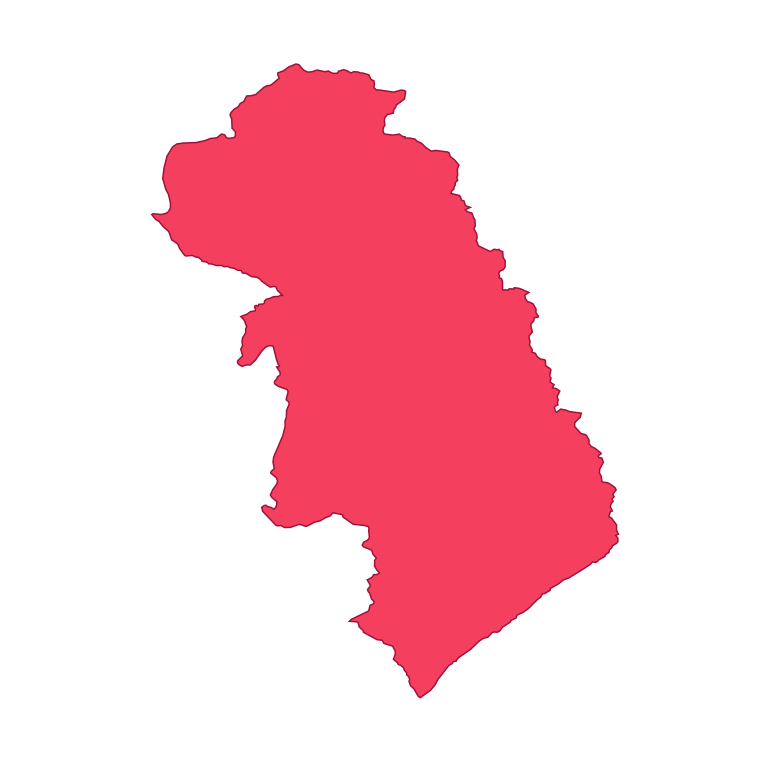 outline of San Rafael, Antioquia, Colombia, rotated 98°
{"feature_id": "7082276B22021388124839", "entity_name": "San Rafael", "entity_type": "district", "adm_level": 2, "iso_a3": "COL", "parent_name": "Colombia", "parent_adm1": "Antioquia", "projection": "equal_earth", "projection_center": [-75.014, 6.308], "detail": "fine", "context": "isolated", "style": "filled", "palette": "rose", "viewbox_px": 768, "rotation_deg": 98, "n_neighbors": 0, "source": "geoboundaries", "source_scale": "gbopen_adm2", "svg_char_len": 6133}
<svg xmlns="http://www.w3.org/2000/svg" viewBox="0 0 768 768"><g transform="rotate(98 384 384)"><path d="M689.6,304.4L680.7,295.2L675.0,291.7L668.9,289.4L653.5,280.5L651.5,277.7L649.2,276.7L648.4,273.9L646.5,273.4L643.9,271.3L634.8,261.4L625.8,254.4L622.1,250.4L620.3,245.9L614.9,242.1L614.3,240.5L614.0,237.1L612.2,234.8L608.4,232.9L602.5,226.1L600.2,225.0L597.5,220.8L594.2,219.9L590.8,214.5L586.1,209.6L576.1,202.1L573.4,199.3L569.8,197.9L569.1,195.6L565.2,190.8L563.3,190.8L557.8,183.6L553.0,179.0L550.7,174.5L540.9,162.6L534.1,154.8L531.2,152.8L531.2,149.9L530.5,148.4L528.2,146.7L524.2,141.4L522.1,140.9L519.5,137.7L516.7,137.7L514.6,135.7L512.5,135.3L509.4,131.6L507.4,130.4L504.0,131.0L501.7,133.5L500.1,130.9L496.3,133.5L491.3,134.0L485.1,140.0L484.3,142.2L483.2,143.0L478.4,141.8L478.0,140.2L474.1,142.8L470.7,142.4L468.5,140.8L466.2,142.3L463.5,140.4L461.4,142.1L456.5,139.4L454.3,141.0L451.3,146.8L450.5,149.6L450.8,153.6L449.6,154.9L445.3,155.9L442.0,158.3L438.2,158.5L431.2,155.9L427.1,157.8L426.9,160.6L426.0,161.6L424.8,161.5L423.1,159.4L422.3,159.4L418.3,166.2L417.0,170.3L414.1,172.9L411.2,173.0L407.0,176.1L406.1,177.6L405.6,182.0L399.7,189.2L396.6,189.7L394.9,189.2L389.6,185.0L385.4,184.6L385.5,196.4L384.5,200.3L384.3,205.6L388.1,209.1L387.0,210.5L383.6,212.0L382.0,211.2L380.5,208.9L377.8,209.7L375.6,209.2L372.5,210.8L366.5,208.9L364.7,212.5L364.3,216.6L361.0,215.5L358.9,219.9L354.9,219.4L353.4,221.0L346.8,220.7L345.6,221.8L343.3,226.5L338.1,227.5L337.5,229.1L337.6,232.4L335.7,236.0L332.5,238.5L331.9,241.9L329.3,242.0L325.0,245.5L321.7,245.2L318.8,246.6L316.2,247.0L311.8,244.3L306.5,246.5L304.3,246.8L300.6,244.5L297.9,244.5L297.0,243.2L296.6,240.9L295.5,240.5L292.0,243.6L288.7,243.8L284.0,247.4L282.7,251.1L282.5,253.4L279.7,255.8L276.4,257.1L273.2,253.2L270.6,262.6L270.4,265.2L270.6,268.6L271.9,268.8L272.3,273.3L273.6,274.2L274.3,279.7L265.6,281.0L263.3,282.4L262.8,284.6L260.4,284.7L259.2,285.9L256.1,285.0L254.1,281.7L251.4,280.4L245.2,281.1L241.9,283.7L236.4,284.9L235.8,287.7L234.7,288.8L235.3,290.7L235.2,293.7L238.0,297.3L234.3,309.0L233.2,310.4L230.8,311.2L230.0,312.5L226.0,312.2L222.5,313.1L217.7,316.6L214.9,315.6L208.5,316.9L207.1,318.3L202.4,320.8L201.8,325.7L200.0,327.7L197.1,323.1L196.0,328.3L191.7,330.1L191.1,332.9L187.9,334.4L186.8,335.7L186.0,344.1L183.2,343.7L181.1,341.8L179.9,342.3L177.4,341.2L174.6,341.4L172.1,339.4L169.1,340.6L167.0,340.1L160.9,341.3L156.9,340.3L152.3,345.2L149.5,350.1L146.2,351.6L145.4,353.1L145.5,365.4L146.9,369.5L144.2,375.1L140.2,380.7L139.1,384.8L137.2,387.4L136.9,393.0L137.6,397.3L137.4,397.9L136.4,397.5L136.1,400.6L134.4,403.7L136.2,409.3L136.4,416.8L136.0,418.9L133.2,420.3L130.2,420.3L127.7,419.1L123.3,420.3L120.0,420.2L116.7,418.1L114.5,412.5L110.5,412.4L108.7,411.1L106.1,410.6L98.8,403.3L91.2,403.3L90.5,404.9L90.5,407.7L93.6,415.2L93.5,430.0L93.9,432.4L92.0,435.3L88.6,435.2L85.1,436.2L84.3,439.1L79.9,442.1L79.0,448.4L79.3,450.8L78.6,453.3L79.0,457.5L80.6,460.1L78.8,464.4L78.4,467.7L80.5,472.5L82.5,473.2L83.3,476.0L83.3,479.1L81.8,482.6L83.0,486.1L82.4,494.0L84.9,499.0L85.7,502.4L85.2,505.1L83.9,507.9L79.6,512.7L79.4,515.8L83.4,522.6L87.8,527.1L90.7,532.4L92.6,532.3L95.7,530.3L103.0,536.9L104.3,538.7L104.8,541.3L107.2,544.5L115.2,551.3L117.0,555.6L117.9,560.1L123.7,562.1L126.3,565.5L129.6,566.8L132.9,570.8L136.4,573.2L138.9,573.9L143.2,571.6L152.0,570.0L154.3,566.9L155.6,566.1L159.6,565.8L161.0,567.1L162.5,572.6L161.9,574.3L159.4,576.6L159.1,579.7L163.5,583.9L165.1,590.3L167.9,595.2L171.0,603.5L173.3,616.1L175.1,622.5L178.5,626.2L188.5,630.6L200.8,631.9L211.4,631.7L221.5,627.2L226.3,623.8L234.3,620.7L239.5,620.0L243.2,621.4L245.2,623.3L247.2,628.5L247.5,636.2L248.5,637.6L252.8,633.0L254.5,629.2L258.5,625.0L263.1,618.3L270.8,614.3L274.0,607.8L278.7,604.9L284.4,599.3L284.8,597.9L283.4,591.8L284.6,587.4L284.4,585.4L286.4,582.1L287.9,581.2L287.8,576.7L289.5,573.9L289.1,572.3L290.0,566.0L289.2,561.4L290.1,558.6L289.3,555.0L290.2,552.8L290.3,548.8L291.8,544.4L291.4,541.2L293.8,539.7L293.6,536.0L296.1,530.1L296.0,525.5L296.5,523.3L297.6,521.1L299.4,519.2L303.7,510.8L303.7,509.2L302.5,506.5L302.8,504.9L306.5,502.1L310.7,496.3L310.4,498.5L312.0,500.8L312.9,505.6L315.1,509.0L316.5,512.4L318.3,513.9L320.7,513.8L321.4,514.4L322.6,519.1L324.5,519.6L324.0,521.3L324.4,522.5L325.6,522.9L328.3,521.6L329.6,521.9L330.8,526.2L333.9,529.4L337.1,535.2L340.4,531.2L346.5,527.9L348.8,528.7L352.6,528.1L357.7,530.4L361.4,530.6L365.8,529.4L369.4,530.7L375.7,527.9L381.6,532.2L383.5,531.9L385.2,529.9L386.3,527.0L384.2,522.8L383.8,519.2L378.7,514.9L367.9,509.3L364.1,506.4L362.1,503.3L361.8,500.8L362.2,498.9L374.6,493.9L379.5,491.4L380.5,490.0L381.4,490.3L382.1,492.7L386.7,488.7L388.7,488.1L389.7,488.3L391.7,490.5L394.1,490.9L396.3,492.6L397.9,492.8L399.4,491.8L401.1,488.0L402.9,479.4L404.9,477.9L413.2,478.7L415.1,475.7L417.1,475.1L423.6,476.8L430.5,476.1L434.4,476.9L439.4,476.0L449.0,477.0L471.7,483.1L476.6,483.1L483.1,480.9L486.1,483.4L488.0,483.8L491.8,477.5L494.6,476.0L497.9,476.2L504.1,479.5L509.8,481.1L512.0,479.2L515.3,473.9L518.4,473.4L521.6,474.2L523.4,475.6L522.0,478.2L521.6,482.1L520.5,483.9L521.0,485.7L523.1,488.0L527.0,486.4L538.8,471.5L539.2,469.3L538.5,466.5L540.0,462.4L539.0,456.7L535.1,449.1L534.8,446.9L535.8,441.8L535.3,440.2L530.6,433.7L528.4,428.2L524.5,423.3L522.1,418.9L518.7,416.7L519.1,407.0L521.5,406.0L527.2,394.9L526.8,384.1L527.4,379.6L529.1,378.7L530.5,378.9L538.3,377.1L541.0,378.5L543.5,382.1L546.5,383.2L548.2,381.6L549.9,374.2L550.7,373.0L554.3,371.0L557.5,367.4L560.0,368.7L565.6,368.0L569.0,365.4L571.7,362.3L573.5,364.0L574.2,367.6L577.4,369.2L580.3,373.4L584.9,369.7L586.5,369.7L589.8,371.7L592.1,370.5L592.9,369.2L598.7,366.4L600.6,364.0L601.9,363.3L603.4,364.2L605.1,367.0L610.9,367.6L621.6,383.6L623.8,385.3L623.3,377.4L624.5,376.1L627.9,374.9L631.2,370.2L632.7,369.8L638.2,355.3L638.0,350.1L640.9,348.0L642.4,339.0L647.3,335.5L650.8,335.3L655.3,336.4L658.0,332.1L659.8,330.8L660.3,328.1L662.4,325.1L664.1,324.4L667.0,321.4L669.0,320.9L670.3,318.9L673.1,317.4L674.9,317.9L679.2,315.6L681.8,311.8L688.5,306.7L689.6,304.4Z" fill="#f43f5e" stroke="#9f1239" stroke-width="1.5"/></g></svg>